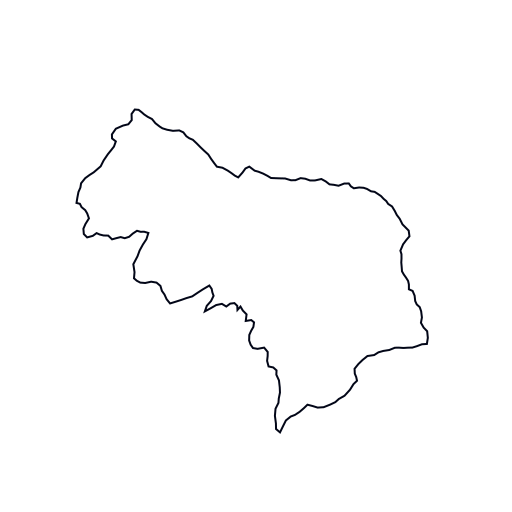 the district of Santa Rita do Sapucaí, Minas Gerais, Brazil, rotated 38°
{"feature_id": "56859067B96390567853890", "entity_name": "Santa Rita do Sapucaí", "entity_type": "district", "adm_level": 2, "iso_a3": "BRA", "parent_name": "Brazil", "parent_adm1": "Minas Gerais", "projection": "equal_earth", "projection_center": [-45.688, -22.24], "detail": "fine", "context": "isolated", "style": "outline", "palette": "ink", "viewbox_px": 512, "rotation_deg": 38, "n_neighbors": 0, "source": "geoboundaries", "source_scale": "gbopen_adm2", "svg_char_len": 3084}
<svg xmlns="http://www.w3.org/2000/svg" viewBox="0 0 512 512"><g transform="rotate(38 256 256)"><path d="M287.9,313.5L291.7,309.4L295.3,309.5L297.6,313.5L298.2,317.8L299.3,322.3L302.6,326.8L306.4,329.2L310.3,330.4L314.4,328.2L318.8,323.2L324.3,324.4L326.8,327.7L329.3,331.8L333.9,335.3L338.2,333.2L342.6,333.5L345.1,337.0L350.7,339.9L355.6,344.9L359.0,348.9L361.7,354.3L364.1,357.9L365.4,364.3L369.3,370.3L374.8,375.7L378.3,380.0L383.5,380.2L382.1,373.6L380.8,367.2L382.2,361.1L384.5,357.3L386.3,352.0L387.4,346.5L388.1,341.5L392.9,339.4L397.9,337.5L402.4,333.5L405.9,327.5L408.5,322.3L409.3,317.6L411.8,311.6L412.4,303.5L411.7,296.9L412.4,292.1L409.5,289.7L406.3,287.9L403.1,284.2L403.2,277.9L404.0,272.2L405.4,266.2L410.1,261.3L411.8,256.5L414.7,252.5L418.9,248.0L421.9,242.8L424.8,240.4L428.8,237.7L432.4,234.5L435.6,231.9L438.3,228.0L441.1,223.4L444.8,220.1L441.8,214.7L437.2,209.9L432.2,209.2L427.1,207.1L424.6,202.3L420.2,197.9L416.5,195.5L412.5,195.2L409.2,193.5L405.4,189.6L400.9,187.1L397.0,188.1L394.0,184.3L391.2,182.0L387.6,180.7L383.9,179.6L380.5,178.2L377.3,174.7L374.5,171.7L372.2,168.4L369.5,165.0L366.5,162.9L364.7,156.2L364.6,151.0L364.8,146.0L360.7,142.0L352.0,140.9L346.3,138.2L341.7,137.0L337.7,135.1L332.7,133.2L328.1,133.6L324.8,132.5L321.4,132.4L317.6,131.8L313.5,132.1L310.0,132.4L306.8,134.2L302.2,134.8L298.8,136.0L295.1,138.5L291.4,142.4L287.9,142.7L284.5,141.7L280.9,144.6L277.8,149.8L273.5,152.0L269.8,154.3L265.0,154.3L260.1,155.1L256.0,160.1L252.1,163.2L247.2,164.8L243.2,167.2L240.4,172.0L236.9,174.8L231.2,177.0L226.9,180.2L223.3,182.8L219.8,185.3L215.6,185.8L210.8,186.7L206.0,188.1L202.4,189.6L195.7,189.7L193.8,193.5L194.0,198.5L193.6,205.0L189.9,205.7L185.7,205.8L181.2,206.1L175.2,207.1L170.2,209.7L165.6,208.5L160.8,207.1L155.9,205.4L150.5,205.0L145.4,204.5L140.0,203.8L134.7,203.3L130.9,204.3L127.4,204.5L122.6,203.3L118.2,204.3L113.5,208.5L108.1,211.3L103.6,213.0L100.3,213.3L95.0,213.3L89.7,212.1L85.0,213.0L80.7,213.3L77.4,213.1L73.5,213.1L70.3,215.2L70.5,220.7L74.4,225.4L74.3,230.8L70.9,235.1L67.2,242.0L67.6,248.9L70.2,252.0L75.0,252.0L76.7,257.2L76.7,261.9L76.6,266.9L77.1,274.5L78.4,281.0L77.5,285.5L76.6,290.0L75.0,294.5L73.5,299.8L73.4,306.4L75.5,310.2L76.7,314.9L79.3,320.0L81.9,324.7L85.1,323.3L88.5,324.9L93.2,325.0L96.8,326.4L101.2,329.2L101.9,335.8L103.2,340.8L106.8,344.7L111.5,345.3L115.0,340.6L116.3,336.1L119.6,335.3L123.2,333.7L127.0,330.9L132.3,331.5L135.2,327.6L137.7,324.4L141.6,322.8L144.2,319.0L145.1,314.2L146.7,309.4L150.1,308.0L153.0,305.7L157.0,304.1L159.3,310.2L159.8,316.5L160.9,323.3L162.8,329.2L164.4,338.0L170.2,343.5L173.6,348.7L177.3,348.9L181.2,348.2L185.3,345.5L189.2,340.8L194.0,338.2L199.1,338.4L203.3,341.4L207.6,342.7L212.2,345.1L217.5,346.3L220.9,341.4L224.1,336.7L227.1,332.0L230.6,327.1L232.8,320.4L234.7,314.9L237.4,308.0L241.3,309.2L244.1,311.6L247.1,313.5L248.3,319.2L247.9,325.6L249.8,331.1L252.4,325.2L254.8,319.2L258.6,314.7L263.7,314.1L265.0,309.4L268.0,306.4L271.9,306.8L274.6,309.9L274.9,305.4L279.2,307.1L284.5,307.8L287.9,313.5Z" fill="none" stroke="#020617" stroke-width="2"/></g></svg>